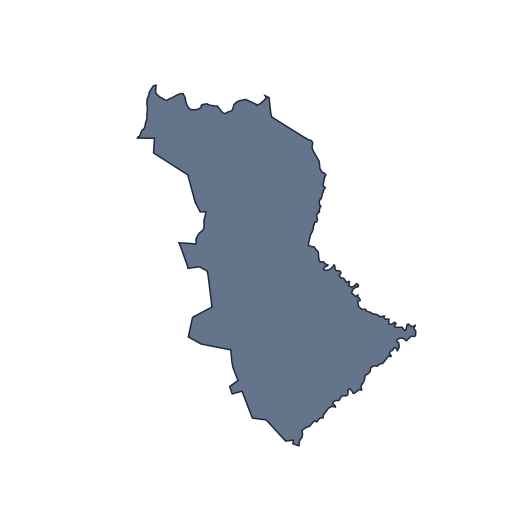 the district of San Juan Comaltepec, Oaxaca, Mexico, rotated 32°
{"feature_id": "50627088B18833881773629", "entity_name": "San Juan Comaltepec", "entity_type": "district", "adm_level": 2, "iso_a3": "MEX", "parent_name": "Mexico", "parent_adm1": "Oaxaca", "projection": "robinson", "projection_center": [-95.952, 17.329], "detail": "fine", "context": "isolated", "style": "filled", "palette": "slate", "viewbox_px": 512, "rotation_deg": 32, "n_neighbors": 0, "source": "geoboundaries", "source_scale": "gbopen_adm2", "svg_char_len": 4808}
<svg xmlns="http://www.w3.org/2000/svg" viewBox="0 0 512 512"><g transform="rotate(32 256 256)"><path d="M393.0,394.3L391.2,390.5L390.7,388.1L391.2,385.5L389.8,382.2L387.5,379.7L387.8,378.7L389.5,374.6L391.7,372.0L392.6,365.5L393.7,364.5L395.5,364.6L395.7,361.2L396.5,359.1L398.7,357.8L397.4,355.1L398.1,346.8L400.0,343.3L403.3,342.0L402.8,341.2L399.8,340.7L399.0,339.5L399.4,337.3L400.4,336.1L402.4,335.0L403.0,334.2L402.8,330.2L403.5,328.6L405.8,327.4L407.4,325.5L406.5,323.3L405.1,321.1L405.2,319.7L405.8,319.0L407.0,319.2L409.1,319.7L410.9,320.9L412.0,320.5L414.7,313.9L416.4,314.1L416.5,313.4L414.0,310.8L413.9,304.2L412.6,301.5L411.9,298.7L413.3,297.3L414.0,293.3L412.5,289.9L414.1,286.7L417.4,285.0L417.7,282.9L420.5,279.5L421.4,270.5L423.5,270.0L423.7,269.1L420.9,268.1L420.4,265.4L421.9,263.6L421.6,262.4L422.2,260.2L423.4,259.9L425.9,261.4L426.0,259.5L425.5,256.9L422.9,253.9L421.2,253.8L420.2,253.3L420.0,251.9L422.2,248.8L425.2,247.7L428.4,248.3L429.7,243.2L430.5,241.6L433.3,240.1L433.2,238.2L431.3,235.1L428.1,233.6L427.9,229.8L426.8,232.3L424.9,233.4L421.3,232.9L420.5,234.0L422.2,239.1L421.4,240.5L417.7,238.9L412.4,242.5L410.3,242.1L410.7,239.4L409.5,238.6L408.2,239.3L407.3,242.1L404.6,243.2L402.1,239.0L399.2,241.1L397.0,240.4L396.8,238.9L393.4,241.7L389.3,241.6L385.4,243.2L382.9,243.1L379.4,244.2L376.8,243.1L374.2,245.2L369.6,244.4L366.3,240.4L368.0,238.5L366.7,237.3L364.2,236.7L363.0,235.1L362.0,237.6L356.5,236.6L356.0,232.8L357.2,229.5L358.9,228.1L358.3,226.4L355.9,226.1L355.2,229.1L353.7,231.9L350.3,232.0L349.1,228.3L348.3,228.2L346.6,230.4L342.3,228.4L339.6,229.5L336.8,228.4L337.1,225.4L335.9,224.4L334.0,224.5L332.2,226.0L330.1,225.3L328.2,222.7L326.8,222.2L326.8,224.8L325.4,228.7L322.4,231.6L320.4,231.5L320.2,228.7L321.7,226.8L321.8,225.5L319.1,226.0L316.5,225.1L313.3,227.0L311.0,225.3L306.6,219.5L303.0,218.6L300.4,217.4L298.4,218.5L295.0,219.3L293.8,217.3L293.1,215.0L291.9,211.8L291.2,209.7L291.1,208.6L290.9,206.7L290.8,205.1L290.4,204.0L290.3,202.9L290.1,202.2L289.0,200.9L288.8,200.1L288.9,199.4L289.0,198.8L288.6,198.2L288.1,197.4L288.1,196.3L288.4,195.6L289.0,195.5L289.2,195.0L289.3,194.3L289.2,193.7L289.0,193.1L288.4,192.0L287.9,191.6L287.2,191.0L286.8,190.4L286.0,189.7L285.8,189.2L285.7,188.5L285.9,187.6L285.7,186.6L285.5,185.9L286.0,185.6L286.4,185.5L286.5,184.8L285.8,184.3L285.5,183.7L285.1,183.3L285.2,182.9L285.0,182.1L284.4,180.4L284.8,179.7L284.4,179.2L283.1,179.1L282.1,178.1L280.6,176.0L280.5,174.1L280.3,173.1L280.5,172.9L280.9,172.8L280.3,170.7L279.7,169.0L279.2,167.7L279.1,166.2L278.8,165.3L278.6,164.9L278.6,163.7L278.6,161.7L278.0,160.9L277.0,161.2L276.0,161.0L275.3,160.5L274.7,159.0L274.5,158.1L274.1,157.0L273.4,155.4L272.3,152.3L272.5,151.2L272.4,150.4L271.9,149.9L270.9,149.8L270.4,149.6L268.9,149.7L267.7,149.8L266.6,149.5L266.0,149.0L265.5,148.7L264.4,148.4L263.4,147.6L262.9,146.6L261.8,145.3L259.4,142.2L258.4,141.6L256.3,140.5L255.5,140.2L253.8,139.2L248.3,136.2L247.4,135.6L245.7,133.7L245.2,132.6L245.0,132.1L244.6,130.6L243.4,129.5L242.4,129.0L241.3,128.9L239.8,129.3L238.9,129.7L237.6,129.9L236.6,129.4L235.4,129.8L195.7,129.8L192.5,126.6L183.1,114.7L178.8,115.2L181.1,116.5L180.7,117.3L180.5,118.8L180.4,120.0L179.8,121.2L179.5,122.4L179.3,123.4L178.6,125.2L177.6,126.4L177.3,127.2L176.9,127.9L176.4,127.9L176.0,127.6L175.8,127.3L164.2,128.7L159.3,133.5L158.0,135.6L157.1,139.1L158.1,142.8L158.6,145.7L157.0,147.4L155.2,149.7L154.8,151.3L152.3,152.3L149.5,151.4L145.0,149.8L143.8,149.2L142.4,150.3L140.1,151.2L137.9,152.2L136.0,152.8L133.8,152.9L131.4,154.9L130.2,156.2L129.7,157.6L130.8,158.5L130.2,160.1L128.9,162.4L126.1,164.8L123.7,166.3L119.9,166.1L119.4,165.6L117.2,164.4L113.7,161.3L112.3,159.4L108.3,157.0L106.0,158.2L103.6,161.5L102.2,164.1L100.6,166.8L98.9,169.1L98.0,171.1L96.4,171.9L92.9,171.9L89.9,172.1L86.6,171.5L84.5,170.8L82.8,168.1L81.6,165.8L80.9,164.1L78.9,165.8L78.7,168.3L78.7,173.7L79.7,176.1L80.5,180.5L82.5,184.3L85.6,188.3L86.8,190.5L88.4,193.7L90.7,197.4L91.8,201.6L93.5,205.8L93.4,208.0L92.8,209.6L92.7,210.9L93.3,212.9L93.6,214.9L93.7,216.6L92.8,217.6L92.9,218.8L107.5,210.0L114.5,222.9L155.1,223.3L175.8,242.5L185.3,248.2L190.1,245.0L193.5,254.5L194.7,255.9L195.5,257.2L196.3,258.4L196.9,259.9L197.3,261.9L196.9,263.6L196.4,264.9L196.0,265.8L195.8,267.9L195.7,269.2L195.8,270.9L196.0,272.4L196.3,273.6L196.7,274.6L197.1,274.8L197.8,275.3L198.2,276.5L198.6,277.8L197.3,278.4L192.5,280.8L183.6,285.7L187.7,288.5L203.0,300.6L204.9,302.5L206.7,301.0L213.1,295.6L214.1,295.0L218.0,295.0L221.7,294.6L223.2,295.2L225.2,297.3L245.7,322.6L234.7,341.7L241.5,360.5L256.3,359.7L284.3,349.0L291.5,358.4L295.7,362.9L306.7,371.1L302.8,380.7L308.9,385.6L315.8,378.0L338.8,395.4L339.7,395.0L351.5,389.6L379.2,397.3L385.3,392.3L386.7,395.7L393.0,394.3Z" fill="#64748b" stroke="#1e293b" stroke-width="1.5"/></g></svg>